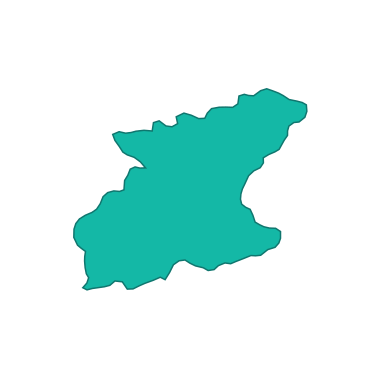 outline of São João do Oriente, Minas Gerais, Brazil, rotated 59°
{"feature_id": "56859067B69019136303684", "entity_name": "São João do Oriente", "entity_type": "district", "adm_level": 2, "iso_a3": "BRA", "parent_name": "Brazil", "parent_adm1": "Minas Gerais", "projection": "orthographic", "projection_center": [-42.171, -19.35], "detail": "fine", "context": "isolated", "style": "filled", "palette": "teal", "viewbox_px": 384, "rotation_deg": 59, "n_neighbors": 0, "source": "geoboundaries", "source_scale": "gbopen_adm2", "svg_char_len": 1816}
<svg xmlns="http://www.w3.org/2000/svg" viewBox="0 0 384 384"><g transform="rotate(59 192 192)"><path d="M275.5,182.4L276.8,174.2L279.4,170.4L281.6,165.7L280.4,156.7L282.2,149.3L280.5,143.9L277.3,140.0L271.5,136.5L266.2,139.0L262.8,144.2L258.8,148.3L254.9,150.9L250.3,153.4L243.3,151.8L236.8,151.1L232.7,153.9L228.0,155.7L223.2,154.2L218.9,151.1L215.3,147.2L211.9,142.0L207.2,135.1L205.7,128.2L206.3,121.0L203.8,115.8L199.4,113.3L199.4,106.9L200.3,100.2L200.3,95.3L197.8,91.0L195.1,86.3L192.7,81.0L188.8,78.6L185.4,75.0L184.9,68.9L187.1,64.2L186.1,56.8L182.0,52.0L176.2,49.1L172.1,51.4L168.2,55.2L162.8,61.1L156.3,64.2L151.9,66.8L146.9,70.7L142.0,74.8L140.5,81.0L141.3,89.6L138.4,93.8L135.2,96.9L133.9,102.3L140.1,107.3L140.4,113.5L136.7,119.2L133.3,125.1L130.6,132.3L132.3,138.3L135.4,143.1L132.5,148.5L125.8,153.1L120.2,158.3L119.4,166.8L126.0,169.1L125.8,175.5L122.0,180.3L114.1,183.5L112.7,189.3L119.2,194.7L114.4,201.4L111.0,208.8L109.6,213.7L107.4,218.6L102.8,223.4L101.8,230.3L108.1,231.5L115.4,230.9L122.2,230.7L126.8,228.4L132.5,223.7L139.6,220.7L147.4,219.4L144.7,224.3L141.2,227.9L140.6,233.2L144.6,238.4L147.4,243.8L151.1,246.4L155.1,249.2L154.2,253.8L150.8,258.5L149.1,264.6L150.2,270.6L154.8,276.7L157.6,282.6L158.0,288.3L157.0,295.4L157.1,302.3L159.2,307.8L163.1,312.3L170.1,316.7L178.6,317.5L183.0,316.0L188.1,313.9L192.1,317.2L195.8,319.6L201.9,322.6L207.7,324.7L212.2,324.7L215.9,329.0L217.8,334.9L221.8,332.4L223.4,327.0L225.6,321.8L228.1,315.9L229.7,310.5L228.6,303.9L233.1,298.0L241.9,297.5L244.7,292.4L245.2,285.9L246.0,279.5L247.7,270.8L248.7,263.1L253.3,260.2L249.4,252.6L244.8,245.4L244.3,238.5L246.7,233.0L252.0,230.4L257.1,227.1L262.7,221.4L267.6,218.6L269.9,213.0L268.7,207.3L269.8,200.3L273.4,195.8L274.1,190.6L275.5,182.4Z" fill="#14b8a6" stroke="#0f766e" stroke-width="1.5"/></g></svg>